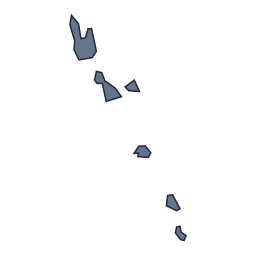 SVG path tracing the border of Vanuatu
{"feature_id": "VUT", "entity_name": "Vanuatu", "entity_type": "country or territory", "adm_level": 0, "iso_a3": "VUT", "parent_name": "Oceania", "parent_adm1": "", "projection": "robinson", "projection_center": [167.975, -16.976], "detail": "coarse", "context": "isolated", "style": "filled", "palette": "slate", "viewbox_px": 256, "rotation_deg": 0, "n_neighbors": 0, "source": "natural_earth", "source_scale": "50m", "svg_char_len": 694}
<svg xmlns="http://www.w3.org/2000/svg" viewBox="0 0 256 256"><path d="M78.5,23.7L81.0,38.6L85.5,37.7L88.0,28.8L91.5,28.6L96.4,51.4L92.2,57.6L79.0,59.9L74.0,49.7L74.7,41.0L69.9,24.7L71.5,15.4L78.5,23.7ZM104.8,80.8L115.3,88.2L121.4,96.7L106.2,101.4L102.3,83.4L97.1,83.5L94.5,80.1L96.4,71.3L101.8,72.7L104.8,80.8ZM180.0,208.8L176.6,210.7L166.4,205.7L167.6,195.4L172.6,194.8L180.0,208.8ZM145.3,145.9L150.8,152.8L148.4,157.4L137.7,156.6L138.7,153.2L134.0,153.4L138.6,146.3L145.3,145.9ZM139.5,91.6L128.7,90.7L125.1,86.8L134.3,80.1L139.5,91.6ZM186.1,235.7L184.0,240.6L180.5,239.5L175.4,232.9L176.6,227.0L180.1,226.3L181.0,232.0L186.1,235.7Z" fill="#64748b" stroke="#1e293b" stroke-width="1.5"/></svg>